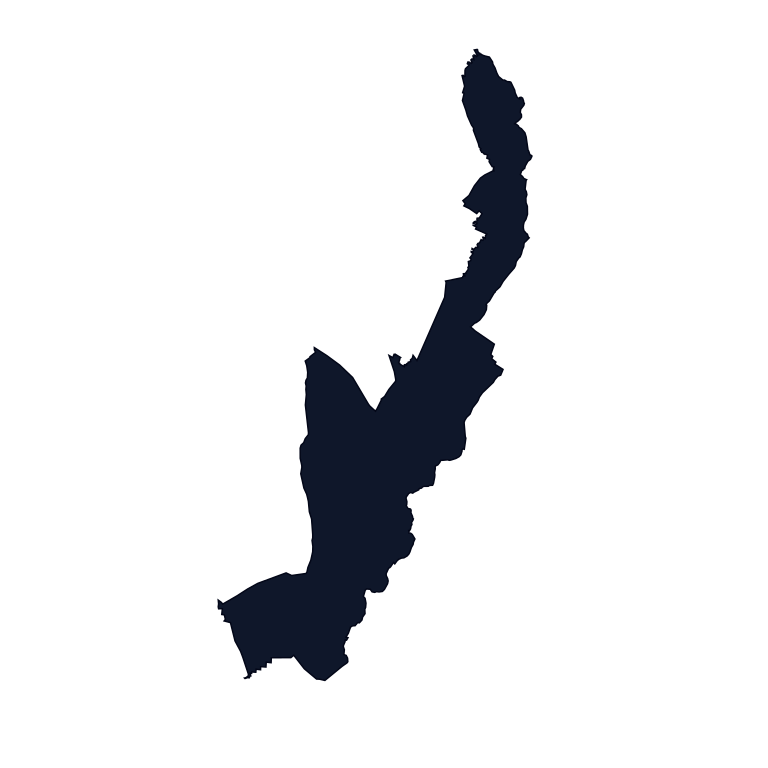 Fortín, Veracruz, Mexico, rotated 224°
{"feature_id": "50627088B80111986215691", "entity_name": "Fortín", "entity_type": "district", "adm_level": 2, "iso_a3": "MEX", "parent_name": "Mexico", "parent_adm1": "Veracruz", "projection": "mercator", "projection_center": [-96.984, 18.895], "detail": "fine", "context": "isolated", "style": "filled", "palette": "ink", "viewbox_px": 768, "rotation_deg": 224, "n_neighbors": 0, "source": "geoboundaries", "source_scale": "gbopen_adm2", "svg_char_len": 6149}
<svg xmlns="http://www.w3.org/2000/svg" viewBox="0 0 768 768"><g transform="rotate(224 384 384)"><path d="M454.6,570.7L450.8,570.1L450.3,567.6L444.5,569.5L435.7,571.0L435.9,574.7L431.8,574.6L430.8,569.5L432.2,568.0L431.6,567.0L430.3,566.9L430.4,565.9L431.7,563.6L431.8,562.0L431.2,561.3L430.2,563.4L428.7,564.4L428.4,563.5L429.6,560.2L426.4,561.2L425.8,559.1L414.2,563.3L414.1,561.3L412.3,559.1L414.6,558.6L414.9,558.2L413.5,557.5L412.7,556.0L413.5,555.4L414.4,555.3L413.3,551.9L414.1,550.3L413.8,548.9L411.7,547.9L411.4,547.2L412.9,546.1L412.9,543.2L414.8,542.7L414.3,542.0L412.6,542.6L411.7,540.7L413.3,539.9L412.8,539.4L410.5,539.6L409.8,534.4L408.1,534.4L407.3,532.8L408.4,530.7L404.8,527.7L404.6,526.1L403.1,525.3L402.3,520.4L401.8,520.4L403.5,518.5L402.2,517.4L401.1,518.1L400.8,517.9L402.0,516.2L401.4,515.1L411.2,500.8L410.0,500.3L409.1,499.3L400.6,488.5L376.6,423.8L383.0,424.8L381.5,422.1L381.7,419.8L380.4,418.6L381.7,416.5L381.3,415.9L381.7,414.4L380.9,413.3L382.2,412.8L382.7,412.0L382.5,411.4L381.5,411.1L381.3,410.5L386.9,409.2L387.1,409.8L388.3,409.5L389.6,412.5L390.4,413.0L390.4,414.6L396.7,413.2L396.4,412.5L397.3,412.2L396.0,409.1L400.2,408.0L385.2,400.1L378.7,395.4L377.6,394.1L376.7,383.5L374.9,375.5L375.5,371.2L374.8,370.8L371.8,361.4L371.2,358.5L378.9,358.3L381.3,358.7L411.1,366.9L429.1,366.8L444.8,364.7L459.4,361.8L457.8,360.2L455.2,359.3L456.2,352.2L455.6,351.5L456.6,345.8L452.3,343.5L447.0,339.4L443.3,335.1L442.7,332.5L441.2,330.2L438.6,328.5L436.4,325.8L432.5,322.4L426.0,314.3L404.6,296.6L403.2,295.0L402.7,290.0L401.0,286.0L401.2,282.4L399.7,279.6L392.6,272.3L386.7,268.4L385.2,267.0L381.5,261.6L369.3,253.5L363.2,251.1L360.6,249.5L356.8,247.0L348.9,240.2L342.3,236.6L330.6,226.1L328.4,223.8L327.1,221.5L322.3,217.7L318.7,213.7L314.2,206.4L311.3,199.2L308.9,195.4L308.4,193.6L317.4,182.1L323.2,180.1L336.3,152.9L339.6,142.2L342.6,129.4L347.1,113.7L349.3,113.9L353.1,113.4L350.2,110.9L348.4,108.5L346.8,107.4L344.2,110.1L340.6,105.5L338.5,107.0L334.6,104.5L334.4,102.5L328.7,105.7L312.7,95.7L301.5,92.1L295.8,89.4L280.0,81.1L279.3,80.2L278.8,79.0L279.2,77.1L280.1,75.6L279.4,75.6L278.4,77.5L278.9,77.8L276.9,78.9L277.5,81.1L277.1,81.5L279.4,82.9L278.2,83.9L279.1,85.0L276.0,87.6L277.9,90.0L274.3,92.7L276.4,95.0L272.3,98.4L275.5,102.1L271.6,105.1L274.9,108.8L260.9,122.5L260.5,126.2L243.5,123.8L227.6,124.9L225.3,126.9L220.6,129.7L218.0,152.0L216.9,157.8L217.1,159.1L219.8,161.5L222.7,162.5L224.9,161.5L227.9,165.3L230.9,166.9L231.6,167.9L232.9,171.3L234.1,173.1L233.0,173.7L233.7,176.5L235.5,175.4L236.5,179.9L239.2,185.9L238.6,188.3L236.9,190.0L237.2,193.7L237.0,194.3L235.9,194.9L235.8,196.1L235.9,198.9L237.5,201.5L238.1,205.6L241.3,208.6L242.0,210.5L244.7,213.8L248.8,216.7L251.2,216.8L254.3,222.7L254.2,224.4L251.3,226.8L248.2,226.2L245.9,227.7L245.2,229.4L243.1,231.0L241.1,233.6L241.0,234.9L241.0,236.6L242.7,242.8L244.2,245.2L246.1,246.5L249.2,247.7L250.7,249.0L252.7,254.7L252.3,255.9L252.3,257.3L253.2,262.3L251.3,262.1L251.8,265.9L251.6,268.2L250.5,270.9L248.9,272.8L247.9,276.4L248.0,278.9L248.7,281.2L250.7,285.4L251.6,288.8L252.9,290.7L254.1,294.0L259.2,295.4L261.1,295.2L262.6,294.1L264.4,295.7L263.7,296.1L264.3,298.3L266.0,300.8L266.2,302.2L268.1,303.7L268.5,306.0L269.2,307.4L269.8,307.3L271.6,308.6L275.2,310.1L276.6,311.8L277.6,312.4L278.2,312.4L280.3,311.1L283.6,312.0L283.8,312.9L285.7,315.2L288.9,317.2L289.5,318.3L290.2,322.5L289.4,324.6L287.7,325.3L287.4,325.8L287.4,326.7L285.5,332.0L286.0,333.2L284.7,335.2L284.8,336.8L284.1,338.2L281.1,341.2L280.8,342.7L278.7,344.9L279.4,346.9L282.7,352.0L284.3,354.0L286.0,355.3L288.2,358.6L289.7,360.0L290.0,360.9L289.1,363.2L289.4,366.3L290.2,368.3L285.5,373.7L284.0,374.5L283.1,375.7L280.6,380.3L279.5,383.8L279.5,386.4L281.2,389.8L282.0,390.6L282.3,392.0L280.9,392.8L287.5,401.9L289.1,402.7L299.6,411.9L300.6,413.9L301.4,417.3L301.2,422.1L303.7,428.4L304.5,435.7L305.0,437.8L306.3,440.8L307.1,446.1L306.5,461.1L307.3,464.2L307.5,468.8L306.2,471.4L308.1,476.3L308.5,477.2L318.0,475.2L318.7,477.5L324.1,477.0L324.9,479.4L327.7,479.4L332.3,489.3L355.0,485.5L361.4,485.2L361.1,490.6L360.3,492.4L359.6,496.4L360.3,503.4L362.0,508.6L364.8,512.0L365.7,511.8L366.1,513.4L365.9,517.0L368.0,525.8L367.9,527.3L368.4,528.3L368.1,534.6L369.6,540.5L370.5,549.8L370.9,557.9L371.7,560.5L373.9,563.9L374.6,568.3L374.4,569.9L375.6,573.1L377.7,576.7L378.8,579.7L381.0,582.5L381.3,584.1L381.1,584.7L381.1,590.0L382.4,590.0L385.0,591.4L386.0,591.1L389.9,591.5L392.2,593.1L394.1,595.2L395.7,597.8L396.3,601.0L398.7,605.8L404.3,611.4L407.8,613.1L411.2,616.4L412.7,619.4L415.2,621.2L417.8,622.1L423.3,629.3L423.3,630.0L426.2,629.0L428.4,629.5L431.5,629.4L433.2,633.4L432.7,634.2L433.1,635.6L432.5,636.6L433.9,639.1L435.2,644.1L434.7,647.3L435.7,650.4L436.3,650.9L438.4,650.3L441.6,652.0L443.0,652.4L453.4,660.5L457.2,662.6L462.5,663.1L465.1,662.4L466.6,663.0L469.2,662.8L470.8,662.0L470.8,664.2L470.2,665.9L470.4,666.7L470.1,668.4L470.5,671.5L472.2,673.2L474.6,674.0L476.5,676.6L477.1,681.8L478.0,683.4L479.1,683.6L480.3,684.6L482.9,685.9L484.6,685.5L485.4,684.3L484.2,683.6L484.7,683.0L487.3,682.7L491.8,684.5L494.2,686.2L502.3,689.2L503.3,688.9L505.5,687.1L508.4,686.4L509.6,685.2L515.2,684.8L518.9,686.1L523.7,688.5L527.8,689.7L529.7,691.1L535.3,692.4L539.2,690.1L541.6,689.0L543.4,688.7L543.9,687.7L544.7,688.5L545.7,688.1L547.6,688.4L548.8,689.4L549.4,689.4L551.1,687.0L546.0,685.5L545.1,685.8L544.6,685.3L545.0,683.7L546.2,684.0L547.8,683.2L546.9,681.9L547.6,681.6L544.7,679.8L546.5,679.0L546.6,677.5L543.9,676.3L543.9,675.6L544.0,675.1L546.1,674.8L547.3,674.0L546.6,672.3L546.2,672.2L544.8,673.1L544.2,672.2L544.4,667.4L543.6,665.9L539.5,661.5L539.9,660.8L541.5,661.0L542.1,660.1L532.9,654.2L529.9,648.4L530.3,647.9L528.3,648.8L524.5,642.4L515.4,637.9L510.1,634.8L500.9,631.1L497.4,630.4L495.9,628.6L483.1,622.5L480.2,620.6L476.8,620.4L477.8,620.0L477.6,619.5L474.8,618.6L474.7,618.8L473.0,619.2L471.6,619.0L471.6,619.3L468.6,620.7L466.9,617.9L464.1,618.9L462.8,616.9L457.1,615.5L455.7,616.5L454.1,613.7L453.8,614.2L452.9,613.5L453.9,612.3L456.7,604.4L457.7,599.1L456.7,589.5L453.8,578.6L454.6,570.7Z" fill="#0f172a" stroke="#020617" stroke-width="1.5"/></g></svg>